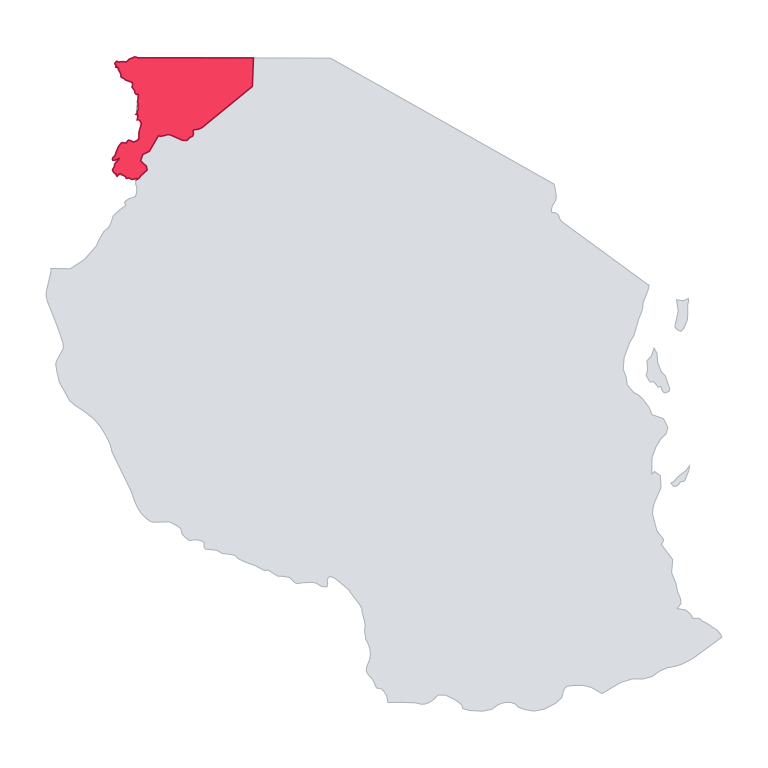 United Republic of Tanzania, with Kagera highlighted
{"feature_id": "TZA-3360", "entity_name": "Kagera", "entity_type": "Region", "adm_level": 1, "iso_a3": "TZA", "parent_name": "United Republic of Tanzania", "parent_adm1": "", "projection": "albers", "projection_center": [30.807, -1.99], "detail": "fine", "context": "in_parent", "style": "filled", "palette": "rose", "viewbox_px": 768, "rotation_deg": 0, "n_neighbors": 0, "source": "natural_earth", "source_scale": "10m", "svg_char_len": 6127}
<svg xmlns="http://www.w3.org/2000/svg" viewBox="0 0 768 768"><path d="M264.7,570.7L254.8,565.5L245.8,562.3L238.4,558.8L235.2,555.4L228.3,554.1L222.3,553.5L216.8,550.3L205.4,549.1L204.1,547.0L204.0,542.3L202.0,541.1L197.8,539.9L193.4,539.9L190.7,540.6L189.1,540.3L185.4,537.5L182.0,534.0L180.7,528.4L175.5,524.8L169.5,521.9L152.8,522.2L150.2,521.3L146.3,518.5L141.6,513.8L137.9,508.4L134.6,501.2L131.2,491.3L112.1,452.2L110.2,444.7L106.4,436.5L100.3,426.4L93.8,418.9L85.1,412.1L75.1,405.3L69.7,400.8L59.4,382.3L57.3,373.6L55.7,364.7L56.4,361.0L62.8,349.5L63.4,346.2L62.6,341.8L59.5,332.6L55.4,321.4L47.3,301.1L46.1,295.9L46.2,292.1L51.0,271.4L50.9,268.5L70.1,268.8L84.1,259.8L96.2,246.2L98.7,240.5L103.6,231.8L108.5,227.5L110.4,224.5L113.2,215.8L119.6,210.0L125.8,205.4L124.5,202.3L125.4,201.1L128.8,198.8L135.4,196.6L136.7,192.1L136.7,187.0L135.6,184.1L135.8,180.8L134.8,178.9L130.5,178.5L124.1,175.9L118.6,174.8L115.0,173.3L113.7,172.2L113.1,169.1L116.1,161.2L113.1,158.0L119.8,144.8L121.0,143.2L123.4,143.0L127.3,141.6L130.8,141.0L133.7,141.5L135.9,140.9L137.8,139.4L139.4,135.0L140.7,127.5L140.0,121.4L137.2,116.8L136.4,109.6L137.7,100.0L136.8,92.1L133.7,85.7L130.6,81.9L125.8,80.1L118.2,70.4L115.9,65.7L116.3,62.7L118.9,61.5L123.7,61.9L128.3,60.8L132.5,58.1L136.6,57.4L138.8,57.8L330.4,58.1L553.7,183.9L554.6,185.4L556.3,196.2L555.9,199.8L552.4,206.0L551.4,209.2L551.3,211.5L552.2,212.4L555.1,212.7L557.6,214.2L558.5,215.3L560.4,220.0L562.8,222.4L647.3,284.2L649.2,285.1L648.0,290.3L643.1,302.7L642.8,307.9L640.9,314.0L639.0,318.0L634.0,335.5L629.9,342.0L624.2,357.3L623.2,369.1L626.2,377.3L627.3,385.0L633.8,392.6L639.0,395.4L642.5,398.8L648.7,406.8L652.2,414.7L663.5,418.7L667.9,427.6L666.2,433.7L661.0,438.7L656.0,446.8L652.0,457.5L651.8,474.0L654.5,471.5L660.4,475.6L661.0,487.7L654.8,501.7L652.9,508.3L652.5,513.9L656.9,530.8L663.5,539.4L663.0,542.1L661.2,544.3L672.7,559.6L671.6,572.7L675.8,583.0L677.7,591.9L680.5,598.7L681.0,603.4L677.4,608.6L685.8,610.0L690.7,614.3L693.0,618.4L699.0,618.3L702.3,621.1L707.0,623.4L717.4,630.4L720.2,633.8L721.9,637.1L693.0,658.4L682.5,663.9L675.1,666.4L667.1,667.8L659.6,671.1L652.4,676.4L643.2,679.0L632.1,678.9L620.4,682.6L602.0,693.6L591.3,687.4L582.9,685.3L573.3,685.5L567.4,686.2L565.3,687.5L563.4,691.3L561.8,697.5L555.5,703.4L544.3,709.1L534.1,711.1L524.8,709.6L518.4,707.2L515.1,703.9L510.3,702.3L503.9,702.6L497.7,704.9L491.8,709.3L482.4,711.2L469.5,710.5L462.6,708.4L461.6,704.6L456.0,700.3L445.7,695.2L438.0,695.1L433.1,699.9L428.6,702.9L424.6,704.1L421.0,704.2L415.8,702.9L401.5,702.3L388.0,702.5L386.6,695.5L383.8,691.3L381.4,688.8L376.8,688.1L375.5,686.2L373.9,681.9L371.6,678.2L368.6,675.1L366.8,672.3L366.2,669.7L366.7,666.9L369.5,659.8L370.4,654.9L370.1,649.9L368.6,644.8L365.4,638.7L365.8,636.9L364.7,632.8L364.6,629.9L365.2,626.3L364.6,621.5L361.9,611.3L361.9,608.7L359.0,603.7L350.1,592.1L349.6,590.5L335.6,578.7L329.9,576.2L327.9,578.4L327.1,580.4L327.7,584.2L327.4,586.0L326.8,586.9L323.4,586.7L321.3,586.3L316.0,583.1L311.9,582.3L301.5,582.9L297.9,583.6L295.1,582.9L289.6,577.5L283.2,576.3L277.5,576.1L268.0,569.9L264.7,570.7ZM665.3,375.8L669.8,388.8L669.2,391.2L665.9,392.7L664.2,392.8L662.2,390.7L660.8,386.3L658.3,387.3L654.0,382.0L649.8,381.8L646.1,375.5L647.6,370.0L646.9,360.8L651.4,356.0L654.1,348.0L657.0,353.5L657.6,362.1L661.4,372.1L665.3,375.8ZM688.3,298.5L688.6,301.6L687.7,304.5L687.8,313.7L687.4,319.8L683.9,328.3L681.0,331.3L678.5,330.4L676.4,329.0L674.8,326.6L678.2,311.1L676.6,299.7L683.2,300.8L688.3,298.5ZM677.5,485.7L674.2,486.5L672.9,485.7L670.9,483.2L674.4,481.0L677.9,476.8L685.8,470.7L689.5,465.8L688.9,470.6L684.4,481.1L680.6,481.8L677.5,485.7Z" fill="#d9dde1" stroke="#a8b0b8" stroke-width="1"/><path d="M116.2,67.5L115.7,67.2L115.6,66.8L115.8,66.4L116.0,66.1L116.1,65.7L115.9,64.9L115.0,64.3L114.8,63.6L115.0,62.9L115.5,62.3L116.0,61.7L116.5,61.3L117.3,61.3L117.8,61.6L118.1,62.0L118.4,62.1L119.1,62.1L120.3,61.8L123.4,61.5L124.7,61.7L126.2,62.1L126.9,61.5L129.1,59.2L130.0,58.7L132.3,58.0L134.6,56.8L136.8,57.3L137.8,57.8L141.7,57.8L152.9,57.8L164.1,57.8L165.4,57.8L175.3,57.8L186.5,57.8L197.7,57.8L208.6,57.9L208.9,57.9L220.1,57.9L231.3,57.9L242.5,57.9L253.5,57.9L252.4,86.4L201.8,127.8L198.2,129.3L193.8,129.8L193.1,130.9L193.4,132.7L193.5,133.9L193.1,135.0L192.7,135.5L192.7,136.1L190.0,137.4L186.9,140.5L182.7,140.4L170.5,135.0L167.7,134.6L164.5,135.6L160.4,136.3L158.4,135.8L149.4,151.3L142.8,154.5L140.6,160.6L143.4,163.6L146.4,166.1L147.2,170.0L141.1,175.5L140.0,177.0L138.8,178.4L137.2,179.3L137.6,178.6L136.2,178.5L133.3,179.3L131.9,179.5L131.1,179.2L129.7,178.3L128.9,178.0L128.2,178.1L127.6,178.3L126.9,178.5L126.1,178.3L126.0,178.0L125.8,177.0L125.6,176.7L125.4,176.5L124.6,176.1L120.6,173.8L120.1,173.7L119.3,174.0L118.5,174.6L117.3,176.3L117.0,176.4L116.8,175.6L116.2,175.1L115.9,174.6L116.2,173.9L115.0,173.6L114.1,172.8L112.6,170.8L112.5,169.7L113.2,168.4L114.5,166.6L114.5,165.0L114.7,164.1L115.2,163.3L118.7,159.6L119.1,158.4L117.7,159.0L115.5,160.0L114.2,160.4L113.0,160.4L112.4,159.7L112.6,158.2L113.1,157.4L114.6,156.1L115.1,155.3L115.4,154.7L115.9,152.7L118.2,147.1L119.0,145.8L121.1,143.2L122.2,142.5L123.5,142.7L124.9,143.1L126.1,143.0L126.8,142.4L127.7,140.8L128.4,140.2L129.2,140.1L129.8,140.3L133.0,141.9L133.5,142.0L134.1,141.9L134.5,141.6L135.4,141.4L136.3,140.9L137.3,140.4L138.1,139.9L138.8,138.7L139.0,137.5L138.8,133.3L139.3,130.6L141.4,123.8L140.9,122.0L140.2,121.1L139.3,120.2L138.2,119.7L137.1,119.9L137.9,116.3L137.7,114.7L135.9,114.4L136.2,113.9L136.5,113.5L137.5,112.8L137.1,111.7L137.4,110.7L138.0,109.8L138.4,108.8L137.9,106.3L137.7,105.7L138.4,104.0L138.2,103.4L137.7,102.6L137.5,102.3L137.5,101.6L138.3,96.8L138.4,95.3L137.9,94.0L136.5,94.5L135.5,93.8L134.9,92.4L134.3,90.2L134.1,89.7L133.3,88.9L132.3,87.6L131.9,86.8L132.3,86.4L132.5,85.7L132.6,84.1L132.2,82.5L131.0,81.8L129.8,81.6L125.8,80.1L125.2,79.8L124.3,78.9L123.7,78.4L121.9,77.7L121.1,77.1L120.8,76.1L120.8,75.7L121.0,75.3L121.1,75.1L121.2,74.9L121.0,74.4L120.5,73.6L120.1,72.4L119.0,70.5L118.6,69.7L118.4,68.1L118.1,67.7L117.4,67.2L117.1,67.2L116.7,67.4L116.2,67.5Z" fill="#f43f5e" stroke="#9f1239" stroke-width="1.5"/></svg>